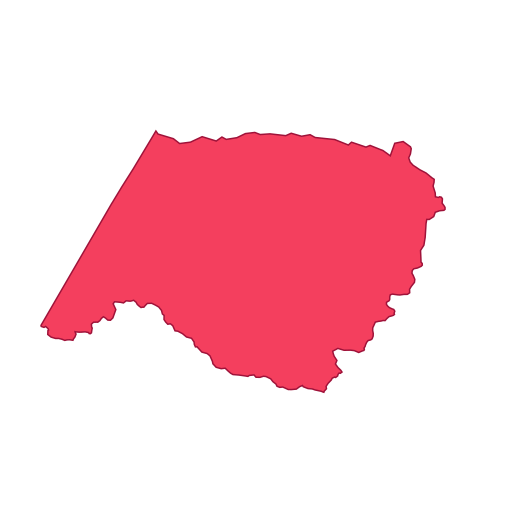 outline of Jackson, Colorado, United States of America, rotated 300°
{"feature_id": "52423323B6284215634036", "entity_name": "Jackson", "entity_type": "district", "adm_level": 2, "iso_a3": "USA", "parent_name": "United States of America", "parent_adm1": "Colorado", "projection": "mercator", "projection_center": [-106.44, 40.663], "detail": "fine", "context": "isolated", "style": "filled", "palette": "rose", "viewbox_px": 512, "rotation_deg": 300, "n_neighbors": 0, "source": "geoboundaries", "source_scale": "gbopen_adm2", "svg_char_len": 3484}
<svg xmlns="http://www.w3.org/2000/svg" viewBox="0 0 512 512"><g transform="rotate(300 256 256)"><path d="M88.4,104.5L87.6,105.2L88.2,108.1L89.8,109.0L89.4,111.1L89.1,112.3L88.1,113.4L87.4,113.1L83.9,114.9L83.3,119.1L84.4,123.7L85.9,126.2L86.9,129.6L87.3,132.6L88.9,134.3L90.3,136.5L91.2,138.9L91.5,139.6L93.1,139.4L95.1,139.7L98.4,139.2L99.2,137.9L100.0,137.2L100.2,137.9L101.6,140.9L102.7,142.7L104.9,146.0L106.0,149.3L105.4,150.3L105.9,151.4L107.2,151.9L109.7,150.9L111.7,150.2L112.3,149.2L114.7,147.5L117.4,148.4L118.9,150.8L119.6,152.1L122.0,153.1L124.6,153.3L127.1,154.2L127.0,156.7L126.4,159.7L127.6,162.1L130.8,163.0L139.5,161.4L141.7,158.3L143.2,156.2L145.6,156.4L146.5,158.2L148.1,161.7L149.1,164.7L152.3,166.0L153.6,168.9L154.3,170.1L156.5,172.2L156.0,175.3L154.7,177.4L154.1,180.2L153.9,182.2L154.9,183.2L155.6,184.5L157.5,184.8L160.6,185.6L162.9,189.3L163.2,193.6L163.2,197.3L161.6,201.4L159.0,203.9L158.6,206.1L155.0,208.1L153.7,210.7L152.8,213.7L154.5,215.8L154.0,218.8L150.7,223.3L151.8,225.9L152.0,231.1L151.1,236.3L152.5,241.3L150.6,245.3L148.6,246.8L147.0,249.0L147.9,250.3L145.7,257.2L147.1,262.5L146.5,266.1L143.0,270.9L141.1,272.6L139.7,277.1L141.0,282.2L143.4,285.4L142.4,289.5L141.8,292.6L141.8,295.3L144.4,300.8L146.9,307.0L147.7,309.2L149.2,309.9L152.0,313.7L151.0,316.6L152.9,320.1L155.6,322.6L156.6,324.9L157.0,330.1L155.6,333.6L155.1,337.3L153.7,339.3L154.1,342.2L155.9,344.7L156.5,350.7L158.0,353.4L160.9,357.5L164.6,359.1L167.1,361.0L166.4,362.3L167.2,367.3L169.0,371.2L169.5,374.0L171.5,380.2L171.6,381.6L171.9,382.9L173.1,382.7L176.3,383.4L178.1,381.9L181.8,382.1L186.3,383.2L188.3,383.1L190.5,384.7L190.6,385.7L193.0,386.7L194.3,386.2L196.2,386.5L196.6,387.7L198.5,388.5L199.5,386.4L200.4,382.7L202.2,378.8L206.0,378.3L208.2,373.9L209.9,371.9L211.9,370.0L216.9,373.1L218.4,379.4L221.6,384.7L223.2,388.4L223.8,393.2L227.0,395.6L228.2,396.7L229.4,396.5L230.2,395.6L232.3,395.7L233.7,395.3L236.5,395.0L238.9,395.4L240.7,397.3L242.3,398.0L245.2,397.5L247.5,396.3L249.8,394.3L252.2,393.0L255.5,392.7L258.4,392.4L260.6,394.7L262.2,396.8L263.7,398.3L264.6,400.1L267.2,400.6L270.0,401.5L272.0,403.5L273.4,404.7L274.7,405.1L275.5,404.2L277.6,403.8L278.6,402.0L278.3,400.6L278.0,397.3L278.4,395.2L279.3,393.2L281.1,392.2L282.2,392.7L283.7,393.6L285.0,393.6L286.0,393.1L287.5,392.2L289.6,391.7L291.3,393.3L292.0,395.2L293.2,398.1L294.2,400.1L296.8,403.4L298.5,406.3L301.0,407.5L304.0,405.6L307.4,405.7L310.2,406.1L312.4,406.4L315.2,405.2L317.8,401.8L319.0,399.7L321.5,398.6L323.8,399.0L326.3,401.8L329.6,404.2L331.2,404.6L332.7,403.6L333.2,402.0L337.3,399.4L343.1,395.7L349.3,396.0L356.7,393.2L364.8,389.2L369.2,387.0L373.1,385.6L374.3,387.8L379.0,390.2L383.5,389.4L387.0,392.4L389.5,395.9L390.9,396.4L392.6,395.4L393.4,394.0L394.8,390.8L398.7,388.9L399.6,387.2L399.1,385.4L397.9,384.7L397.0,381.8L400.2,379.7L405.1,374.4L408.9,373.3L411.5,372.0L411.7,369.0L412.9,361.8L412.6,354.8L413.1,346.7L414.4,342.6L417.3,339.2L421.6,338.7L426.5,336.8L427.8,335.2L428.7,326.2L423.0,319.8L409.9,322.2L410.8,313.4L408.8,299.5L405.3,296.8L402.3,281.8L398.3,280.5L396.2,265.9L388.2,248.0L388.1,242.2L382.5,235.6L379.9,225.1L375.1,221.6L368.8,207.1L363.3,198.9L362.4,193.2L356.7,185.6L348.9,180.3L342.1,171.9L342.0,167.0L335.7,164.1L332.4,149.7L321.8,142.3L315.2,133.6L316.3,125.8L312.6,110.2L314.2,106.8L305.0,106.7L270.0,106.1L247.9,105.2L246.1,105.2L232.8,104.9L230.6,104.9L229.9,104.8L225.1,104.8L88.4,104.5Z" fill="#f43f5e" stroke="#9f1239" stroke-width="1.5"/></g></svg>